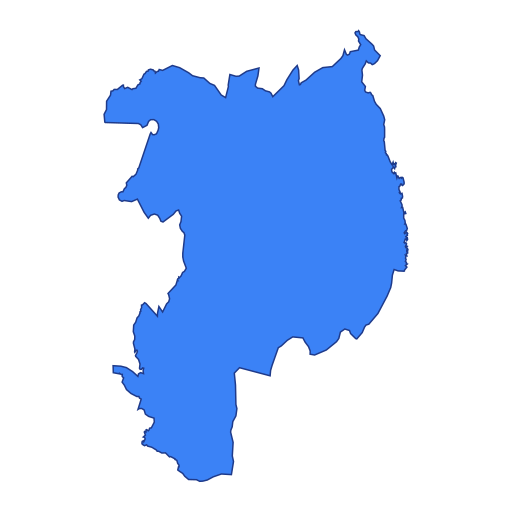 Central Tongu, Volta, Ghana (Equal Earth projection)
{"feature_id": "2480657B36678414015123", "entity_name": "Central Tongu", "entity_type": "district", "adm_level": 2, "iso_a3": "GHA", "parent_name": "Ghana", "parent_adm1": "Volta", "projection": "equal_earth", "projection_center": [0.611, 6.166], "detail": "fine", "context": "isolated", "style": "filled", "palette": "blue", "viewbox_px": 512, "rotation_deg": 0, "n_neighbors": 0, "source": "geoboundaries", "source_scale": "gbopen_adm2", "svg_char_len": 6012}
<svg xmlns="http://www.w3.org/2000/svg" viewBox="0 0 512 512"><path d="M404.3,271.6L404.5,270.1L406.9,267.1L405.4,265.6L407.3,264.0L406.4,263.6L406.4,262.3L405.4,261.6L406.1,259.3L405.5,258.3L405.9,256.3L405.5,255.3L406.8,255.8L406.3,253.8L407.7,252.9L406.8,251.8L406.7,250.2L406.9,249.8L407.7,250.6L407.9,249.4L407.2,249.3L407.3,248.3L406.0,247.7L407.3,246.3L406.5,246.0L405.2,247.0L406.6,243.8L405.8,242.7L404.9,243.1L404.1,242.5L405.3,239.0L406.3,239.0L406.8,240.5L407.6,239.4L407.3,237.7L406.5,237.6L405.8,236.5L407.4,235.5L407.1,234.5L407.7,233.7L407.1,232.7L405.6,232.9L404.8,233.7L404.2,232.9L405.6,230.8L406.4,231.1L407.3,228.5L405.9,224.2L404.8,224.0L405.3,223.2L404.9,220.4L403.7,218.1L403.7,214.0L405.8,213.5L405.2,211.8L403.9,212.9L402.7,207.5L401.5,207.6L402.1,206.3L402.0,204.7L400.2,200.8L401.3,199.9L401.3,198.3L402.4,198.0L402.6,196.4L402.0,193.3L400.5,193.8L400.2,192.6L399.7,193.1L399.3,192.6L399.8,191.4L398.9,189.3L399.0,186.6L399.8,186.2L400.6,184.1L401.6,184.1L401.6,184.9L402.6,185.5L404.1,183.9L404.1,182.1L403.0,177.8L402.3,177.4L401.5,178.1L401.3,177.4L400.5,177.5L399.2,178.4L397.8,175.9L397.4,176.0L396.9,177.8L395.7,172.9L395.1,173.2L394.4,172.3L393.7,174.3L393.7,173.1L392.4,172.6L391.7,171.1L391.6,169.3L393.3,167.5L393.2,166.8L394.6,168.6L394.9,167.2L395.9,166.8L395.6,165.0L396.3,163.1L395.7,162.7L395.5,163.9L394.2,165.0L394.7,163.8L393.4,163.3L393.1,162.2L392.7,163.2L393.5,164.0L392.7,165.0L392.0,164.8L390.1,161.6L388.0,156.2L387.2,154.9L386.5,154.9L386.3,153.6L385.4,152.7L385.8,151.3L385.1,150.4L384.3,141.8L383.7,140.6L384.0,138.3L384.6,137.3L384.6,129.3L384.5,126.9L383.7,124.6L384.7,119.8L383.7,116.0L380.3,108.6L376.2,104.3L374.5,101.3L372.8,95.6L371.5,94.6L371.0,93.2L370.1,92.3L368.2,92.9L365.6,92.0L364.7,90.3L365.4,86.5L361.7,81.8L362.5,75.2L361.9,70.1L362.4,68.3L365.2,63.9L366.3,60.9L368.4,62.9L370.6,63.1L372.2,64.6L372.7,64.5L374.6,63.5L377.5,60.7L380.2,55.7L374.6,50.0L373.6,46.0L372.2,44.4L365.9,38.7L364.1,35.6L360.7,34.7L359.7,33.9L359.5,32.1L358.6,30.7L358.1,31.5L355.8,31.6L355.0,32.9L355.8,34.9L357.8,36.8L358.8,39.0L358.5,41.0L360.7,44.7L359.3,46.9L358.3,50.1L350.3,51.7L349.4,54.2L347.5,55.1L346.4,54.4L344.5,49.8L342.9,55.7L340.8,58.6L332.3,66.6L322.8,67.6L314.7,72.2L306.0,80.1L301.2,82.8L300.4,84.5L299.4,84.8L298.4,80.6L299.1,78.7L298.6,70.0L297.2,65.5L293.0,70.0L286.9,79.7L284.0,85.7L272.8,96.7L271.0,93.2L269.5,91.9L265.4,90.8L262.3,88.7L257.6,88.1L255.4,86.2L255.4,84.3L257.9,75.9L259.0,68.0L246.7,71.3L239.2,76.1L236.0,76.3L229.9,74.5L228.2,85.0L228.4,86.6L225.6,97.6L221.2,95.0L214.5,85.4L209.8,83.4L203.8,78.0L200.0,77.7L192.5,75.7L188.7,72.8L179.7,67.7L172.4,65.5L162.6,70.4L159.2,69.5L158.4,71.3L157.3,71.4L155.4,73.1L155.1,71.3L153.9,70.9L153.2,69.9L150.5,69.2L148.4,69.9L148.1,71.1L146.5,71.4L145.0,73.6L144.0,74.1L141.9,78.7L139.8,79.9L141.2,81.2L140.0,82.8L140.0,83.8L137.9,84.9L135.9,88.3L132.9,88.7L132.0,89.6L127.7,87.3L124.7,88.6L123.5,86.7L123.4,85.1L122.6,85.2L117.3,89.5L114.2,89.4L112.8,90.9L111.0,91.2L110.5,95.2L106.6,101.2L106.5,109.6L104.1,114.3L104.8,122.1L105.3,122.5L138.4,123.5L140.7,124.7L142.6,127.6L147.0,125.3L148.6,121.4L150.6,119.7L153.9,119.6L156.6,121.3L158.3,124.0L158.7,127.6L158.1,130.3L156.5,133.8L154.1,134.8L152.6,134.6L151.0,132.5L150.2,134.0L138.8,167.9L137.7,168.9L137.7,170.1L136.0,174.2L133.2,176.7L132.1,176.3L126.3,182.9L126.8,185.2L125.8,187.6L124.5,188.5L122.9,191.8L121.3,191.8L119.1,193.0L118.2,194.9L118.1,197.1L119.4,199.9L122.0,201.3L124.2,200.5L131.6,201.6L137.4,199.1L144.1,212.3L148.3,218.2L150.6,215.3L154.4,214.0L157.7,215.2L159.8,218.4L160.9,221.2L163.0,222.0L173.3,214.3L176.1,210.9L178.6,210.0L179.7,213.3L181.6,216.2L181.0,221.5L179.7,224.9L180.4,228.4L182.4,231.4L183.9,232.6L184.8,235.1L182.8,253.3L182.8,257.0L183.6,261.1L186.3,268.2L184.4,271.4L182.6,272.5L181.1,275.9L179.4,277.6L178.8,277.2L178.9,278.2L177.9,278.7L177.4,279.8L177.8,280.5L177.3,280.4L175.9,285.0L168.0,293.5L168.7,294.8L169.6,298.8L168.7,301.8L166.6,303.9L162.6,312.0L158.9,306.5L157.5,313.3L157.4,316.2L146.1,303.6L144.6,302.7L142.6,304.8L141.5,305.1L141.6,307.7L140.6,309.6L140.8,311.3L139.9,312.0L140.0,313.0L138.8,316.0L137.1,317.8L135.7,322.2L133.7,325.1L133.3,331.7L134.8,336.1L134.7,339.5L133.5,341.7L133.4,343.2L134.9,349.1L134.6,351.9L134.8,352.3L136.2,350.3L136.9,350.1L137.4,351.0L137.1,352.5L135.5,355.5L135.7,356.4L138.5,359.4L140.0,364.0L139.5,368.3L140.1,369.3L141.4,369.3L142.6,367.9L143.7,368.2L143.1,370.8L143.5,373.6L140.6,372.6L138.5,373.9L137.9,376.4L132.6,371.6L126.4,367.6L120.9,366.2L113.1,365.7L113.3,372.7L119.6,373.9L119.6,373.4L121.3,374.5L122.3,374.4L122.2,376.5L123.6,377.9L122.1,382.1L124.3,385.1L126.5,389.6L131.0,393.5L136.8,396.5L138.9,396.5L139.5,398.1L141.2,399.1L138.0,409.4L139.3,408.6L141.7,408.5L144.1,409.9L145.4,414.1L148.6,416.4L154.0,418.1L154.3,422.1L151.4,427.8L149.6,428.2L149.1,429.9L148.2,430.8L146.7,429.6L146.1,429.8L145.9,432.0L144.8,431.4L144.3,432.0L145.4,435.1L143.3,437.0L144.6,437.4L145.2,438.9L143.8,441.7L143.5,440.7L142.2,441.4L141.9,443.2L142.3,444.3L144.5,445.7L146.6,444.8L147.6,446.1L151.7,447.2L156.5,450.1L157.1,451.2L158.7,451.3L161.8,453.0L165.5,452.9L169.5,456.9L170.7,456.6L175.1,458.9L175.0,459.5L176.8,460.3L177.7,463.4L179.0,465.2L179.0,466.8L178.5,466.8L177.8,469.8L178.0,470.3L182.7,473.4L184.8,476.3L188.6,479.5L196.5,479.7L199.7,481.3L202.9,481.1L207.3,480.0L213.3,476.8L221.4,474.0L231.4,474.6L233.5,461.5L232.3,455.9L233.1,442.4L230.6,432.1L230.9,430.0L232.2,426.8L232.8,421.6L235.9,415.9L236.9,408.6L235.9,404.5L235.5,385.1L234.3,373.1L239.5,367.7L270.1,375.8L270.6,370.4L272.1,365.3L278.3,347.7L281.3,345.9L287.3,340.3L292.7,336.9L302.9,337.9L305.1,342.1L308.5,346.6L310.2,351.0L310.1,354.2L314.6,355.0L326.3,350.0L336.5,341.7L338.8,338.5L340.4,332.1L344.8,329.0L349.5,330.5L350.6,333.6L355.7,338.6L356.8,338.9L362.2,332.6L364.6,327.0L366.1,325.0L368.8,324.2L377.9,313.5L387.1,296.1L390.7,287.6L391.6,283.1L392.4,275.1L394.1,269.5L398.1,270.9L404.2,271.2L404.3,271.6Z" fill="#3b82f6" stroke="#1e3a8a" stroke-width="1.5"/></svg>